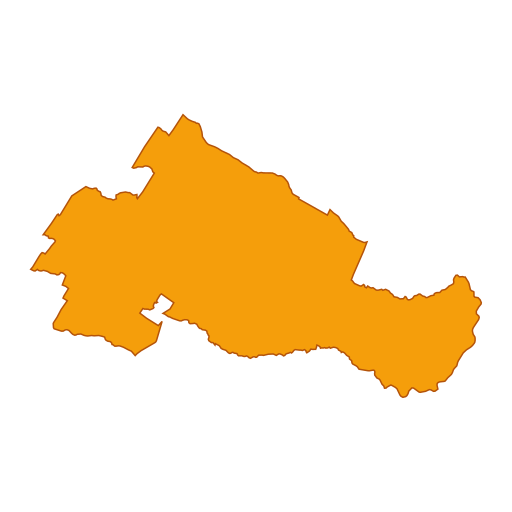 Juja, Central, Kenya (orthographic projection)
{"feature_id": "3690345B85267649800384", "entity_name": "Juja", "entity_type": "district", "adm_level": 2, "iso_a3": "KEN", "parent_name": "Kenya", "parent_adm1": "Central", "projection": "orthographic", "projection_center": [37.028, -1.103], "detail": "fine", "context": "isolated", "style": "filled", "palette": "amber", "viewbox_px": 512, "rotation_deg": 0, "n_neighbors": 0, "source": "geoboundaries", "source_scale": "gbopen_adm2", "svg_char_len": 6040}
<svg xmlns="http://www.w3.org/2000/svg" viewBox="0 0 512 512"><path d="M144.6,146.7L132.2,167.5L133.7,168.2L136.4,167.6L137.7,166.8L142.9,167.0L143.9,166.3L145.7,165.9L148.0,166.3L149.6,166.9L151.9,169.0L152.8,171.8L154.3,173.1L142.7,191.9L137.4,198.7L136.7,197.5L137.0,196.4L136.9,194.5L134.0,195.1L132.9,195.0L129.7,192.6L128.2,192.6L125.5,192.0L120.5,192.8L119.2,193.4L118.3,194.2L116.1,195.0L116.0,196.9L116.4,198.8L113.0,200.1L111.7,199.3L110.0,198.9L108.0,198.8L106.2,198.1L105.1,197.2L102.5,196.5L101.2,195.4L100.8,193.1L100.1,191.7L98.6,191.2L97.2,190.1L96.9,188.9L96.1,188.1L94.1,188.3L92.7,188.9L89.6,188.3L85.9,186.6L71.8,195.9L60.4,214.6L59.0,215.7L58.2,214.1L57.2,214.7L51.5,223.3L43.2,234.7L44.9,234.7L46.2,235.7L48.3,236.2L48.5,237.9L49.8,238.5L51.1,238.3L53.2,238.7L54.1,239.3L55.4,240.8L55.0,241.9L51.3,246.1L49.5,248.7L45.1,254.0L43.9,253.1L42.1,252.6L40.7,254.0L38.9,256.7L32.7,267.0L30.7,269.3L33.7,270.8L35.1,271.0L37.4,269.4L38.5,270.4L40.1,270.9L41.6,270.9L43.5,270.3L47.4,271.4L50.7,273.4L55.2,273.9L56.9,274.9L58.8,274.6L59.8,273.8L60.5,272.6L62.5,272.8L64.5,274.3L65.8,275.8L62.3,285.0L65.9,286.4L68.5,288.5L64.0,295.8L63.0,298.1L67.3,300.7L61.1,309.6L57.1,317.2L53.6,322.6L53.2,323.6L53.5,327.7L54.2,328.8L61.3,331.1L63.2,331.1L65.3,329.9L67.0,329.7L69.0,330.5L71.5,333.2L72.9,334.4L74.7,335.2L76.0,335.0L77.2,334.3L80.9,334.0L84.1,335.4L85.9,335.8L87.7,336.0L91.6,335.5L94.1,335.8L98.8,335.5L102.2,336.3L104.6,337.1L105.3,339.3L106.1,340.3L107.8,341.2L110.5,341.7L111.7,343.1L112.0,344.5L113.1,344.8L114.6,346.1L115.8,346.2L118.6,345.8L120.1,346.0L123.6,347.3L128.3,349.8L131.4,351.2L135.2,355.6L137.0,353.7L141.0,350.7L154.6,342.8L155.6,342.1L156.4,340.8L162.1,321.4L158.3,325.6L146.5,318.2L139.8,313.1L142.9,308.5L144.3,309.1L148.1,309.2L149.8,309.9L152.9,308.6L153.9,307.6L153.3,306.1L153.7,304.4L154.6,302.5L156.1,303.1L157.5,302.3L156.4,301.4L157.3,299.4L160.0,295.0L161.4,293.9L173.8,302.7L170.0,309.0L163.0,313.4L164.9,314.2L168.4,316.7L169.6,316.9L172.6,318.4L179.6,320.8L181.2,320.9L182.8,320.2L184.6,319.7L187.2,319.8L188.6,320.6L188.9,322.7L190.1,323.7L193.2,323.5L194.4,323.2L196.8,324.2L197.6,325.8L199.0,327.8L200.0,328.5L201.3,328.7L202.2,329.7L205.5,330.2L206.8,331.1L207.2,333.2L207.9,334.1L208.2,335.1L209.0,335.9L208.9,337.5L208.3,339.2L208.8,340.7L211.4,342.6L213.0,342.6L215.0,345.1L215.4,343.7L218.0,345.0L219.4,345.8L221.1,348.4L222.8,349.3L225.9,350.3L228.4,352.8L229.5,353.4L230.7,353.3L231.7,352.6L232.9,352.3L234.1,353.1L237.0,353.6L237.6,354.9L238.5,355.8L241.9,355.8L243.6,356.4L244.9,356.5L246.5,355.9L247.9,356.6L249.0,357.7L250.5,358.3L253.2,356.8L254.7,356.8L255.6,357.3L256.7,357.2L258.6,355.2L262.2,355.1L263.4,355.4L268.4,354.2L273.3,354.0L276.3,355.4L278.7,353.9L280.0,353.9L282.5,355.0L283.5,355.9L284.7,355.5L286.2,353.8L289.3,352.9L290.3,352.3L291.5,353.0L292.5,352.2L294.0,350.3L295.1,349.6L299.4,350.1L301.0,350.1L302.4,350.5L304.5,349.6L305.9,350.7L306.1,351.8L306.8,352.8L309.4,351.1L310.9,349.1L312.4,349.4L315.7,349.3L316.4,347.5L316.9,345.1L318.6,345.8L320.0,346.8L320.5,348.2L321.7,347.9L323.3,348.0L324.5,347.6L325.8,348.1L327.8,347.9L329.2,347.1L330.3,348.2L333.4,347.2L334.9,347.4L336.4,347.8L337.9,348.7L338.5,350.0L341.0,351.4L341.3,352.5L342.7,351.9L344.1,352.6L344.9,353.3L346.6,355.3L349.3,357.0L349.5,359.0L351.6,360.6L352.0,363.0L352.7,364.0L356.1,365.8L357.4,366.8L359.0,369.2L367.8,370.7L369.3,370.8L373.3,370.1L374.4,370.5L374.9,372.0L374.6,373.6L374.8,375.2L376.9,378.0L379.2,379.1L380.0,380.0L382.0,384.2L383.8,386.0L384.5,388.2L386.0,388.1L387.3,386.9L390.9,385.0L392.2,385.6L395.4,387.4L397.0,388.8L400.0,395.1L401.0,396.3L402.9,397.3L405.7,396.6L406.9,395.6L408.0,393.7L408.8,391.1L411.9,387.9L413.6,388.1L419.1,392.1L420.3,392.3L425.6,391.3L429.3,389.6L431.1,389.9L433.4,391.3L435.0,391.2L437.9,389.1L437.0,385.1L437.2,383.5L438.0,382.6L439.5,381.9L444.1,381.4L445.2,381.0L447.8,377.7L451.4,374.4L452.4,372.6L453.4,369.8L454.2,368.6L456.8,365.8L457.7,362.2L458.4,360.7L463.2,352.9L466.5,349.8L470.6,347.2L472.5,345.5L474.2,343.3L474.8,342.2L475.1,340.5L475.1,338.4L474.9,337.0L473.2,334.3L472.8,332.8L472.4,330.9L472.7,328.9L473.7,327.0L478.6,319.6L479.2,317.6L478.9,316.2L476.4,313.8L476.3,311.1L478.7,307.0L481.1,304.0L481.3,302.6L480.1,299.8L478.1,297.7L474.7,297.1L474.0,296.2L473.9,291.9L472.8,291.2L471.5,290.8L470.4,289.6L469.0,283.6L468.3,282.0L465.2,277.0L464.1,277.1L462.7,276.6L459.4,276.9L457.4,275.1L455.9,275.3L454.0,278.2L453.5,279.9L453.8,282.0L453.4,283.7L451.3,285.0L448.8,286.2L447.9,287.3L445.3,289.5L441.9,290.2L439.8,292.5L436.7,292.6L435.2,293.1L434.2,293.9L433.9,295.2L430.9,295.7L427.3,297.5L426.0,297.6L424.7,296.5L422.6,296.0L420.1,294.1L418.8,294.1L416.6,295.5L414.9,295.7L414.0,296.3L412.6,298.4L410.0,299.7L408.4,299.9L407.4,299.4L406.1,297.0L405.1,296.5L403.4,298.7L399.9,298.9L397.4,297.4L394.0,296.8L392.9,295.0L391.8,293.9L390.5,293.1L389.0,291.0L385.6,289.3L382.8,290.3L381.7,289.3L378.1,290.2L376.3,290.1L373.0,287.7L371.5,288.0L370.0,287.6L367.7,286.0L366.4,287.8L364.7,286.8L364.6,285.4L363.6,284.5L361.2,286.1L359.6,285.8L354.7,283.6L353.9,282.8L352.5,280.9L351.3,280.0L353.4,274.4L363.6,251.0L367.0,241.9L364.9,242.5L363.6,242.4L356.3,239.3L353.7,237.2L353.7,235.6L352.8,235.0L351.8,232.6L349.2,231.1L348.5,229.3L343.7,223.5L341.2,221.2L338.7,216.9L337.7,215.9L333.4,212.9L330.0,209.6L327.4,215.1L298.6,198.9L299.0,197.5L293.2,194.3L292.0,192.9L291.2,190.0L289.7,187.9L289.0,186.4L288.7,184.7L287.7,182.1L284.8,178.5L283.3,177.0L281.6,176.0L280.1,175.7L278.3,175.9L276.7,175.3L275.1,174.1L272.3,173.0L263.6,172.9L261.2,172.5L258.0,173.1L256.5,172.1L255.1,171.8L253.9,171.3L248.8,166.9L242.0,162.9L238.1,159.8L233.3,157.6L229.5,154.5L221.6,150.8L217.9,148.4L214.7,146.8L208.6,144.6L207.2,143.5L205.9,142.0L202.5,136.9L201.9,132.0L200.3,126.6L198.9,123.8L197.5,123.2L196.3,123.3L195.5,122.4L192.1,121.3L189.1,119.9L187.5,118.9L183.0,114.7L173.1,129.9L168.9,135.6L165.7,131.9L163.2,131.2L161.9,130.3L160.8,128.8L159.2,127.6L157.9,127.2L144.6,146.7Z" fill="#f59e0b" stroke="#b45309" stroke-width="1.5"/></svg>